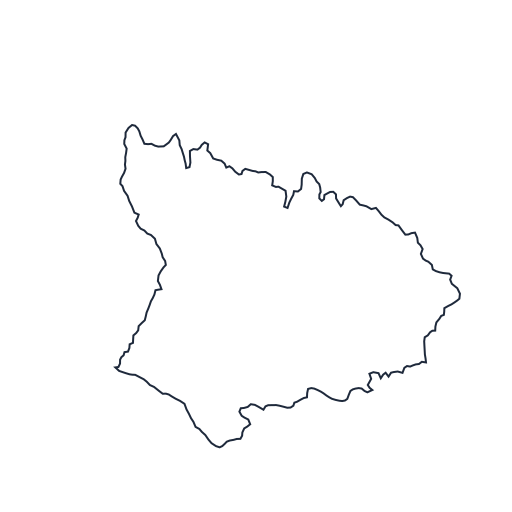 Pocrane, Minas Gerais, Brazil, rotated 337°
{"feature_id": "56859067B31563261400797", "entity_name": "Pocrane", "entity_type": "district", "adm_level": 2, "iso_a3": "BRA", "parent_name": "Brazil", "parent_adm1": "Minas Gerais", "projection": "equal_earth", "projection_center": [-41.556, -19.555], "detail": "fine", "context": "isolated", "style": "outline", "palette": "slate", "viewbox_px": 512, "rotation_deg": 337, "n_neighbors": 0, "source": "geoboundaries", "source_scale": "gbopen_adm2", "svg_char_len": 4297}
<svg xmlns="http://www.w3.org/2000/svg" viewBox="0 0 512 512"><g transform="rotate(337 256 256)"><path d="M368.2,239.7L365.8,238.1L362.5,238.2L358.5,238.9L356.0,242.2L353.6,243.3L353.0,239.7L352.2,234.3L353.7,230.5L352.2,227.1L349.2,226.0L345.8,226.3L342.8,226.6L340.8,230.3L338.1,231.0L336.8,227.7L338.4,224.1L340.5,222.4L341.8,218.1L342.3,214.5L340.9,211.1L340.6,207.2L339.2,202.5L335.5,199.0L331.6,199.0L328.4,202.7L325.9,208.2L323.7,211.9L319.8,213.0L316.3,211.2L314.2,214.3L310.8,217.0L307.6,219.8L303.8,224.1L301.2,221.5L304.1,217.7L307.1,213.2L308.7,207.5L305.9,203.8L303.8,201.0L301.3,200.2L298.5,197.3L300.7,193.7L302.3,189.9L300.7,186.4L297.8,182.5L293.9,180.9L290.7,180.0L288.7,177.9L286.0,176.3L282.8,173.7L280.2,171.6L276.8,172.4L274.7,174.9L272.1,174.3L269.8,170.3L268.5,166.1L266.6,163.0L263.2,163.0L263.2,158.7L261.3,154.7L257.6,152.1L254.7,149.5L254.1,143.4L252.4,139.9L255.6,134.4L253.1,131.4L249.5,132.5L246.8,134.4L243.7,135.2L240.1,133.1L236.2,133.5L234.2,138.4L232.1,144.4L229.5,148.2L226.1,147.8L227.3,143.5L227.8,139.9L228.5,136.5L228.9,132.2L229.3,128.6L229.1,124.2L230.6,119.6L230.0,112.4L226.5,113.2L222.6,116.0L220.1,117.5L217.3,118.2L213.9,119.0L208.8,117.1L206.0,114.9L203.6,111.9L200.4,110.9L197.1,109.1L197.1,104.7L196.8,100.2L197.3,95.7L197.0,92.3L195.6,88.8L193.1,87.0L188.7,88.3L184.2,91.4L182.3,95.7L180.1,98.0L178.5,101.4L178.9,106.6L176.6,110.5L174.3,113.9L172.9,117.5L171.1,120.6L170.0,124.7L167.0,128.0L163.5,130.7L161.3,132.7L159.3,136.5L160.4,139.5L160.0,144.5L161.3,150.4L160.8,155.7L161.2,162.0L161.0,168.6L164.2,172.0L162.0,174.6L159.2,176.9L159.4,182.2L160.5,185.8L163.2,188.9L164.7,192.9L167.5,195.6L169.7,200.6L169.0,206.1L170.4,211.5L170.2,217.0L169.6,220.7L170.4,225.1L169.5,229.0L166.5,230.3L162.3,232.9L158.7,235.8L155.9,240.7L156.3,245.0L156.0,249.6L152.8,248.8L150.1,248.2L147.4,251.8L144.5,254.4L141.6,256.6L138.9,259.6L136.3,262.3L133.2,265.3L130.8,268.7L128.5,271.7L124.8,273.0L120.6,274.7L118.5,278.4L115.6,280.1L112.1,281.2L110.3,284.8L108.8,287.9L105.2,287.9L103.5,291.2L100.8,294.0L97.4,293.1L95.3,295.7L92.6,296.5L90.4,298.3L88.8,301.9L86.0,304.4L83.0,303.6L85.1,308.3L87.9,310.8L90.4,313.0L93.4,315.5L95.7,316.9L98.4,318.2L101.6,322.1L104.5,325.6L106.3,329.0L107.9,333.3L111.0,336.7L113.9,342.1L116.3,346.3L119.4,347.6L121.6,349.4L123.4,352.1L126.2,355.9L129.4,359.6L132.4,364.1L132.1,370.1L132.6,375.1L132.8,379.9L133.6,384.2L133.6,389.7L136.3,393.1L137.4,396.7L139.4,401.0L140.5,406.4L141.9,410.9L144.9,415.4L147.8,417.9L150.7,417.8L154.0,416.6L156.5,415.5L159.7,415.6L163.6,416.5L166.8,416.9L170.2,418.2L173.0,416.0L174.5,413.1L177.8,410.1L181.3,409.6L184.9,408.6L185.0,403.5L182.2,400.2L180.4,397.5L179.9,392.8L182.5,390.2L185.6,391.2L189.4,391.7L193.3,390.4L196.8,392.6L199.3,395.7L202.8,400.4L206.0,398.1L208.9,398.1L212.6,399.6L216.3,401.1L219.0,402.9L222.7,405.7L225.5,407.9L228.6,409.0L231.9,408.4L234.0,406.0L236.9,406.2L240.7,405.7L244.5,405.4L247.7,406.0L249.6,402.1L252.0,398.7L255.3,399.2L257.8,400.8L260.4,403.5L262.7,406.2L264.5,408.8L266.3,411.9L268.2,414.7L270.1,417.1L273.1,419.6L276.2,421.8L278.7,423.2L281.4,423.8L284.2,423.2L287.3,419.9L290.2,417.1L293.0,416.6L295.7,416.9L298.9,417.7L301.5,419.3L303.2,422.7L305.3,425.0L310.7,424.8L309.1,421.8L308.5,418.4L311.2,416.3L314.0,414.1L314.4,408.7L318.6,408.8L323.0,411.7L323.1,417.3L326.7,414.9L329.7,414.1L330.9,418.8L334.7,416.2L337.3,416.6L341.3,417.7L345.2,420.8L348.9,416.9L352.0,416.3L354.7,418.0L357.6,418.0L360.7,418.2L363.8,419.1L367.3,418.2L370.9,420.4L372.0,416.7L373.0,412.6L374.7,407.9L376.0,404.3L377.5,400.2L379.6,396.7L383.1,396.2L386.5,394.2L389.1,393.7L391.8,394.7L393.6,391.0L396.1,387.6L400.2,385.5L403.1,383.5L405.9,383.6L407.5,380.8L409.0,377.6L413.5,377.1L417.1,376.9L420.5,376.3L423.8,375.6L426.5,374.8L429.0,370.4L428.7,364.3L427.1,361.3L425.4,358.1L425.5,353.6L428.3,350.6L426.9,347.7L424.0,346.1L421.5,344.7L418.6,342.7L415.7,340.2L413.5,337.4L414.4,332.9L412.4,328.6L410.4,326.5L408.7,323.7L408.6,318.5L412.1,314.7L411.6,310.4L410.2,307.0L411.5,302.4L411.5,296.6L408.0,295.7L404.7,295.7L401.8,294.7L400.4,289.2L399.1,283.5L396.6,282.1L394.9,278.4L392.1,274.2L389.2,270.6L387.6,267.0L386.5,262.7L385.2,258.6L380.5,257.9L377.1,253.4L374.7,251.5L371.6,249.3L369.8,243.8L368.2,239.7Z" fill="none" stroke="#1e293b" stroke-width="2"/></g></svg>